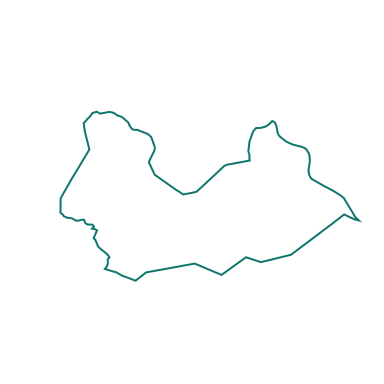 outline of Luzilândia, Piauí, Brazil, rotated 53°
{"feature_id": "56859067B92615603488319", "entity_name": "Luzilândia", "entity_type": "district", "adm_level": 2, "iso_a3": "BRA", "parent_name": "Brazil", "parent_adm1": "Piauí", "projection": "mercator", "projection_center": [-42.399, -3.602], "detail": "fine", "context": "isolated", "style": "outline", "palette": "teal", "viewbox_px": 384, "rotation_deg": 53, "n_neighbors": 0, "source": "geoboundaries", "source_scale": "gbopen_adm2", "svg_char_len": 1695}
<svg xmlns="http://www.w3.org/2000/svg" viewBox="0 0 384 384"><g transform="rotate(53 192 192)"><path d="M267.4,82.7L253.7,88.5L251.7,88.6L249.4,88.3L246.1,86.7L244.4,85.6L239.0,80.0L236.5,78.0L234.0,76.5L231.7,75.5L227.0,75.0L225.0,75.5L222.5,76.8L215.4,82.5L211.5,84.9L208.0,86.5L203.9,87.7L199.5,88.6L197.1,88.3L193.2,86.4L189.1,84.5L186.1,84.0L183.6,85.2L184.2,89.5L184.2,93.4L182.1,98.7L179.5,102.4L180.4,106.7L186.4,115.8L190.5,119.7L193.2,122.4L197.0,123.8L199.8,126.0L201.6,127.0L194.8,140.6L191.2,147.9L190.6,150.2L193.9,181.5L194.5,188.2L192.3,193.3L188.6,200.6L184.8,201.8L180.5,203.5L155.7,211.4L142.1,208.5L136.1,196.8L134.0,194.8L127.8,192.8L123.5,191.5L119.3,192.3L116.8,193.8L114.2,195.3L112.3,196.7L109.7,197.9L107.9,200.4L106.2,201.8L103.6,202.1L101.1,201.8L98.3,201.1L94.6,201.8L91.2,202.5L89.0,203.3L86.2,205.4L81.3,207.1L78.2,209.9L77.1,212.2L74.0,218.3L70.6,219.7L69.0,224.0L70.2,227.5L70.7,231.8L71.5,234.3L71.6,236.9L73.9,238.2L78.6,240.9L96.3,248.4L104.4,268.3L109.1,280.2L110.0,282.3L118.0,300.7L129.5,309.6L131.9,308.8L134.2,308.9L137.1,307.4L140.7,303.8L145.2,301.8L146.8,299.5L147.8,296.6L149.3,294.9L152.5,295.9L154.9,295.2L158.0,291.3L160.4,291.0L161.1,293.9L163.0,292.0L165.5,290.9L166.8,293.3L169.7,298.3L172.1,298.0L179.0,299.8L182.5,299.3L187.2,298.0L191.5,297.1L194.5,297.2L195.1,299.8L198.6,302.4L199.9,304.1L201.0,307.9L208.0,302.8L210.4,300.9L216.8,298.1L228.9,290.4L228.6,277.0L239.7,255.0L241.0,252.4L250.8,232.9L276.0,218.3L276.6,188.2L289.5,179.2L301.7,150.7L301.7,124.7L301.7,115.0L301.7,99.2L301.5,84.0L311.2,79.0L315.0,75.9L310.5,76.7L288.2,74.4L284.3,75.4L277.0,78.1L270.8,80.9L267.4,82.7Z" fill="none" stroke="#0f766e" stroke-width="2"/></g></svg>